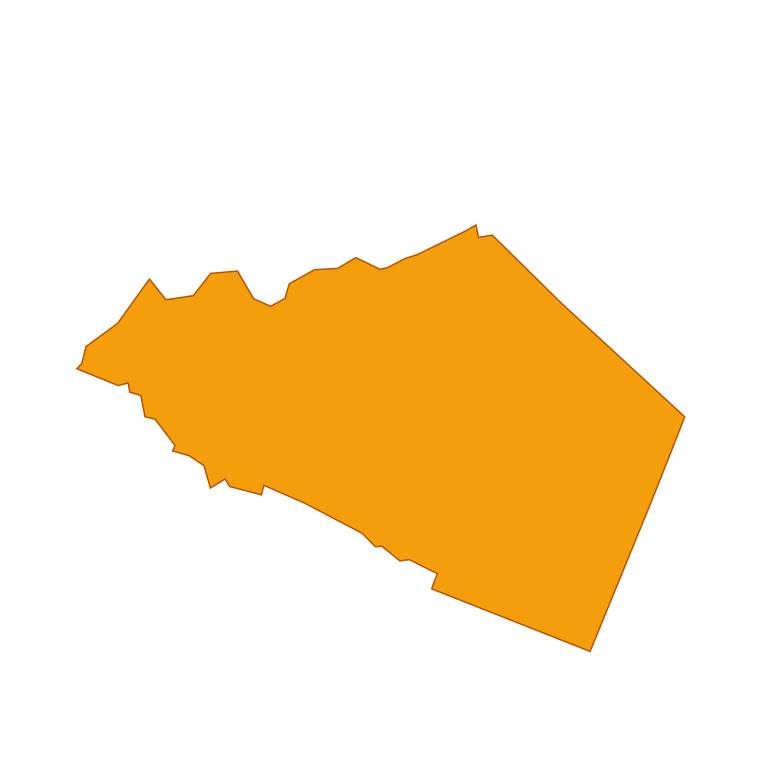 Boone, Missouri, United States of America, rotated 110°
{"feature_id": "52423323B93742797793260", "entity_name": "Boone", "entity_type": "district", "adm_level": 2, "iso_a3": "USA", "parent_name": "United States of America", "parent_adm1": "Missouri", "projection": "natural_earth1", "projection_center": [-92.3, 38.946], "detail": "fine", "context": "isolated", "style": "filled", "palette": "amber", "viewbox_px": 768, "rotation_deg": 110, "n_neighbors": 0, "source": "geoboundaries", "source_scale": "gbopen_adm2", "svg_char_len": 813}
<svg xmlns="http://www.w3.org/2000/svg" viewBox="0 0 768 768"><g transform="rotate(110 384 384)"><path d="M401.8,92.5L358.3,91.3L356.8,91.2L312.0,90.2L247.2,245.4L207.1,333.2L213.9,345.4L203.2,351.9L212.6,360.0L250.9,396.8L258.9,407.1L273.8,420.9L277.6,427.0L274.9,453.7L291.2,467.1L300.4,488.4L322.2,507.3L337.4,506.3L349.8,517.1L348.5,535.6L328.0,560.3L339.3,584.7L366.2,593.4L379.4,617.7L365.6,640.3L418.2,655.1L450.7,676.8L467.9,675.0L474.7,677.8L476.4,633.3L470.5,624.7L478.6,620.2L478.0,608.6L496.6,597.3L495.3,587.1L513.3,559.3L519.2,559.7L518.0,542.6L522.3,525.2L541.1,511.6L527.6,500.9L533.1,493.8L530.1,461.3L520.3,462.2L523.1,417.8L531.8,353.3L539.9,336.4L537.1,330.6L544.8,308.6L540.4,300.1L544.0,269.1L560.2,269.2L564.8,98.9L401.8,92.5Z" fill="#f59e0b" stroke="#b45309" stroke-width="1.5"/></g></svg>